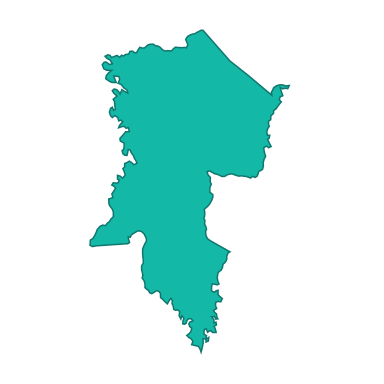 the district of Laranjeiras do Sul, Paraná, Brazil, rotated 175°
{"feature_id": "56859067B64113659227363", "entity_name": "Laranjeiras do Sul", "entity_type": "district", "adm_level": 2, "iso_a3": "BRA", "parent_name": "Brazil", "parent_adm1": "Paraná", "projection": "equal_earth", "projection_center": [-52.368, -25.31], "detail": "fine", "context": "isolated", "style": "filled", "palette": "teal", "viewbox_px": 384, "rotation_deg": 175, "n_neighbors": 0, "source": "geoboundaries", "source_scale": "gbopen_adm2", "svg_char_len": 4858}
<svg xmlns="http://www.w3.org/2000/svg" viewBox="0 0 384 384"><g transform="rotate(175 192 192)"><path d="M295.8,146.3L291.5,146.7L274.4,146.4L266.9,146.2L264.2,146.2L260.4,146.1L258.6,147.1L259.3,150.2L259.4,153.0L257.4,152.3L256.2,154.5L253.8,155.9L250.2,157.6L248.2,158.0L245.5,156.8L243.3,154.3L241.5,149.6L241.8,146.9L243.4,144.6L244.8,142.2L246.2,139.3L246.6,134.2L246.5,129.2L246.6,125.6L248.6,122.9L249.0,119.1L248.5,115.9L248.2,113.3L249.2,110.6L247.6,108.1L246.8,104.8L247.2,100.8L245.6,99.1L243.9,97.6L243.0,95.3L240.9,94.2L238.7,95.3L235.5,96.9L233.6,95.7L232.3,93.8L232.5,89.5L230.8,88.0L228.8,85.4L226.3,82.7L224.6,85.3L222.3,87.9L221.0,85.4L221.6,82.6L220.7,80.1L220.4,76.6L218.6,75.6L216.5,75.8L214.7,74.1L215.6,69.8L214.2,66.4L212.9,69.6L211.1,66.9L212.3,64.1L212.7,61.4L210.9,60.9L209.2,61.9L208.2,64.5L206.2,66.1L203.8,65.7L202.3,63.5L205.4,62.7L206.7,60.8L206.0,58.1L204.1,56.4L205.3,53.0L207.4,51.0L209.7,49.6L207.7,47.2L205.9,46.1L204.1,43.2L205.7,39.9L199.0,37.7L197.5,34.4L196.9,31.7L195.6,35.3L193.9,41.0L193.9,44.9L191.0,44.2L190.1,47.7L192.3,49.1L192.3,51.7L191.6,54.0L189.7,54.5L188.7,50.9L185.9,52.5L183.6,50.2L180.2,50.0L180.7,53.5L181.7,56.3L179.2,57.4L179.5,60.3L181.5,59.4L181.3,62.8L183.3,66.0L180.4,66.0L179.4,63.3L177.3,63.4L178.3,65.8L178.1,68.2L180.0,70.2L180.9,72.2L177.6,73.7L178.5,77.0L178.0,80.0L175.5,80.7L172.9,80.1L171.1,83.2L172.9,85.0L175.0,87.4L174.6,91.8L176.5,91.6L178.4,90.1L181.2,91.8L180.7,96.2L179.7,98.8L177.1,98.0L174.9,97.3L173.1,98.1L174.0,100.5L174.3,104.4L173.4,108.6L171.9,110.4L169.9,111.5L168.4,113.7L167.3,117.5L165.7,118.5L164.0,120.3L163.1,122.4L163.0,125.1L161.3,128.2L159.4,129.1L177.9,141.8L180.6,144.1L181.8,147.2L182.0,151.5L180.8,153.5L181.1,155.8L182.2,159.1L181.6,162.8L182.5,164.9L181.5,166.9L181.1,170.3L181.3,173.7L178.2,175.9L175.8,178.1L173.0,182.1L171.6,185.3L171.5,187.7L174.2,190.1L173.8,194.9L172.1,198.1L173.0,200.8L172.4,204.9L174.5,207.6L175.2,211.0L172.5,211.5L170.3,209.8L167.6,208.1L164.4,207.0L160.7,204.8L158.0,204.7L155.4,206.1L151.0,206.7L148.9,205.9L147.1,204.9L143.9,203.7L141.1,203.8L139.1,203.2L136.7,202.8L132.4,200.8L130.2,202.3L127.9,201.0L125.8,202.1L124.7,204.0L123.7,206.8L121.9,207.3L119.8,208.4L118.6,211.7L118.6,214.7L117.3,218.4L115.5,221.1L116.2,223.8L116.6,227.3L116.7,229.9L113.7,231.2L111.7,229.4L109.2,230.4L110.8,234.2L112.1,238.0L110.4,238.9L109.6,241.7L111.9,241.9L112.3,245.0L111.2,248.4L109.4,250.5L109.9,253.7L109.4,256.1L107.3,257.1L106.8,261.1L104.0,263.0L103.5,266.1L101.0,267.5L99.3,269.7L96.7,272.5L95.2,274.0L97.0,276.3L95.9,279.1L93.1,280.0L93.8,282.5L94.6,285.9L95.0,288.4L92.7,286.9L89.9,287.2L87.6,286.6L85.8,289.6L89.2,289.5L92.4,290.8L94.8,291.1L96.8,290.9L98.8,290.4L101.6,288.7L102.7,286.6L104.3,284.3L104.1,281.4L125.7,303.1L141.6,318.1L143.0,319.5L167.0,352.2L169.2,352.3L171.5,351.1L173.4,350.6L175.0,349.5L177.8,349.2L180.0,348.7L182.9,347.3L185.0,344.6L183.3,339.0L185.1,336.1L186.9,336.7L189.3,336.6L193.5,337.2L195.9,337.7L198.2,336.2L200.1,334.3L204.1,334.9L206.5,334.7L209.1,336.4L210.9,338.7L213.1,340.3L215.7,340.9L217.8,342.7L221.1,342.8L223.4,342.2L226.8,339.6L229.3,339.8L231.4,340.7L233.6,337.9L235.0,335.7L237.0,335.7L238.8,337.5L241.5,337.6L243.0,334.9L246.2,334.8L248.4,333.4L250.2,334.4L252.4,332.5L254.8,334.6L260.4,333.0L261.7,335.2L263.7,336.0L266.8,334.8L265.2,332.6L262.2,330.7L260.1,326.7L263.1,326.2L266.1,328.9L268.1,329.0L270.3,326.7L269.1,322.4L266.4,320.7L261.4,320.2L265.0,317.7L267.2,315.5L268.1,312.4L264.9,309.7L262.5,308.2L257.9,307.6L259.1,311.5L259.8,314.3L254.8,313.5L254.2,310.7L256.1,306.7L253.2,305.4L250.8,301.6L249.1,300.3L247.7,298.9L247.4,296.2L250.5,298.1L252.9,300.1L255.1,295.8L256.2,298.1L258.0,300.5L260.6,301.4L262.6,299.9L261.2,297.1L258.3,294.1L262.4,291.3L261.3,288.6L261.4,285.3L261.1,281.1L263.0,280.1L263.9,283.4L265.7,282.6L267.3,278.8L266.5,275.1L264.9,273.1L262.4,274.8L259.5,272.8L258.8,269.2L256.5,269.8L254.9,268.0L258.2,264.9L259.5,262.4L255.8,263.3L253.6,263.1L252.1,261.2L249.9,261.8L249.1,257.8L250.9,257.5L252.8,257.9L254.4,256.1L259.1,251.7L259.0,249.0L255.3,246.6L255.7,243.4L256.1,240.8L258.1,239.2L257.4,236.0L255.8,234.5L253.6,234.1L252.8,236.4L251.9,239.7L250.0,239.4L249.1,236.5L247.3,233.5L246.4,230.4L245.2,228.2L244.3,225.3L247.6,224.3L249.4,226.4L251.7,228.2L254.8,226.7L256.6,226.3L256.9,222.9L258.8,221.3L257.8,218.4L257.0,214.7L260.0,211.8L262.0,214.0L264.8,215.1L265.1,211.2L263.4,210.2L264.8,207.7L266.8,207.4L269.6,208.1L271.3,205.9L269.4,204.7L267.8,202.6L269.7,199.9L272.0,197.1L271.3,193.2L275.5,192.4L275.8,187.5L275.1,185.3L273.1,182.3L272.1,179.2L272.5,174.3L275.2,172.0L277.1,169.4L278.9,168.5L281.0,166.1L284.0,166.8L286.5,165.9L289.6,163.0L290.7,160.7L292.4,157.5L294.7,154.4L297.5,152.9L298.2,147.7L295.8,146.3ZM191.0,44.2L191.1,41.3L188.7,42.1L188.0,45.7L191.0,44.2Z" fill="#14b8a6" stroke="#0f766e" stroke-width="1.5"/></g></svg>